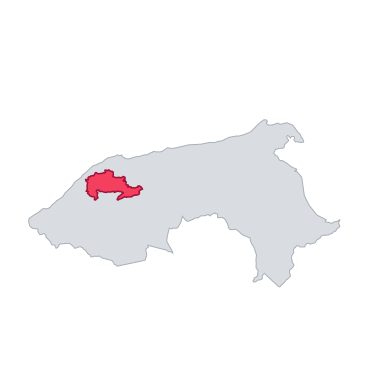 where Ayacucho sits in Peru, rotated 104°
{"feature_id": "PER-586", "entity_name": "Ayacucho", "entity_type": "Department", "adm_level": 1, "iso_a3": "PER", "parent_name": "Peru", "parent_adm1": "", "projection": "natural_earth1", "projection_center": [-74.059, -13.878], "detail": "fine", "context": "in_parent", "style": "filled", "palette": "rose", "viewbox_px": 384, "rotation_deg": 104, "n_neighbors": 0, "source": "natural_earth", "source_scale": "10m", "svg_char_len": 9013}
<svg xmlns="http://www.w3.org/2000/svg" viewBox="0 0 384 384"><g transform="rotate(104 192 192)"><path d="M264.3,109.7L264.3,110.8L263.1,111.4L262.0,110.6L260.4,110.8L258.1,108.3L252.4,108.7L249.9,111.6L246.2,112.3L242.1,113.6L237.5,114.2L230.2,118.9L228.6,120.8L225.3,123.5L222.6,124.4L221.3,132.9L218.6,137.8L217.6,140.6L219.0,144.6L219.0,146.7L217.5,148.3L216.3,148.5L213.8,150.2L210.1,153.9L209.5,156.8L210.7,160.6L210.3,161.1L207.2,161.8L207.3,163.9L206.7,164.7L209.2,167.7L210.7,168.5L210.8,169.2L210.5,170.0L209.9,170.3L209.9,171.0L211.7,173.3L213.1,177.8L215.8,180.0L215.9,181.5L216.6,182.9L218.0,184.0L221.3,188.5L221.4,190.6L217.9,195.4L223.6,195.4L229.8,197.1L230.6,197.8L231.4,200.0L231.5,201.5L232.7,202.6L232.6,205.3L240.7,205.3L246.0,204.6L254.6,196.5L256.0,195.9L255.2,197.6L255.1,198.9L255.6,200.3L254.6,202.3L254.4,221.9L256.0,220.9L258.0,222.7L259.4,222.8L264.1,220.6L269.6,221.0L282.1,246.7L281.0,248.4L281.1,249.7L279.5,250.9L277.9,252.9L277.8,263.2L276.5,266.2L277.2,267.9L277.9,271.1L279.1,273.1L279.4,274.3L279.2,274.8L277.5,275.9L277.3,277.8L274.2,281.4L273.6,283.9L272.4,284.7L272.1,287.5L275.0,292.0L273.1,294.7L271.4,298.7L274.3,307.2L275.4,308.4L276.7,308.3L278.5,309.0L279.5,310.3L277.2,311.9L276.8,312.6L277.0,315.4L274.4,317.5L271.0,322.8L270.1,323.0L268.4,324.6L268.1,325.4L268.4,326.2L269.8,327.8L270.0,329.7L267.5,332.1L265.8,332.3L265.1,333.0L265.8,336.3L265.8,337.8L265.3,339.5L264.0,341.3L260.4,343.3L257.1,343.7L251.5,338.8L249.8,336.8L244.2,332.6L243.3,328.3L241.5,326.2L238.1,324.6L235.4,322.4L233.3,321.3L228.3,316.5L223.7,314.9L215.2,309.7L210.5,308.0L204.6,303.2L201.4,301.9L198.8,299.7L191.1,294.9L189.8,293.4L188.6,291.1L186.9,289.7L185.0,286.4L182.1,284.5L179.3,282.0L175.9,275.3L174.2,273.7L174.1,270.6L173.0,269.2L174.6,268.2L175.7,263.5L175.1,261.1L171.2,254.7L170.4,252.0L167.5,247.1L166.5,244.1L164.2,242.0L163.2,240.1L161.9,239.3L161.8,237.1L160.9,232.8L159.6,230.6L155.0,226.5L154.6,222.1L153.5,219.1L147.1,206.7L143.4,194.8L140.2,188.1L138.9,184.3L138.8,182.3L136.5,178.8L135.2,175.5L130.0,169.3L126.9,162.4L126.5,160.4L124.5,156.6L121.1,151.7L119.5,149.7L109.4,143.6L104.7,139.9L104.1,138.0L104.4,136.9L105.4,135.8L106.8,136.6L107.7,136.3L108.4,135.0L108.4,132.9L107.5,130.3L104.3,125.2L105.1,122.9L101.9,116.9L102.6,111.2L103.3,109.7L108.2,103.9L109.5,101.4L111.6,99.9L113.7,97.5L116.3,95.7L117.0,96.3L117.8,99.4L117.6,101.5L118.4,103.8L116.6,105.9L114.7,105.5L113.9,106.0L113.6,107.0L114.0,108.6L114.4,109.2L115.9,109.3L114.0,112.4L114.1,113.0L115.5,113.5L116.7,112.7L118.1,111.0L118.9,110.7L123.8,113.7L126.1,113.4L127.9,114.8L128.1,116.9L130.5,121.2L134.2,122.2L134.8,121.9L135.6,120.3L136.4,120.0L136.6,117.7L139.7,115.2L140.2,113.4L139.7,112.2L139.8,111.2L141.6,105.6L142.2,105.1L142.8,103.2L143.5,102.1L144.6,95.9L145.4,95.9L146.3,97.4L147.2,97.0L146.7,95.6L146.9,95.1L150.4,90.1L151.5,89.0L168.4,82.1L176.8,74.9L184.2,65.0L186.5,54.9L187.4,55.7L188.8,55.4L188.3,51.4L188.7,49.4L188.6,48.8L186.3,46.4L185.4,43.8L183.3,42.3L183.4,41.7L185.6,42.3L187.5,42.0L189.2,40.3L190.4,40.5L193.2,42.8L195.2,43.0L195.9,44.6L197.9,45.8L200.7,49.3L202.0,53.0L201.9,53.7L203.2,55.7L205.9,56.7L208.6,59.5L211.5,60.3L212.8,62.8L213.5,63.6L213.9,65.1L213.5,66.8L213.9,67.7L216.0,69.2L217.8,69.2L218.2,69.9L219.2,74.1L218.5,76.2L218.8,77.4L221.1,78.4L221.8,79.3L223.7,79.5L226.3,78.6L229.6,79.8L232.2,79.4L233.3,79.0L234.5,78.1L235.5,78.1L238.1,75.5L238.8,75.3L241.6,76.5L243.9,78.3L246.8,77.9L248.0,76.8L250.0,76.2L253.8,78.4L254.6,79.5L255.6,79.7L259.7,81.9L260.4,82.8L262.5,83.6L263.0,84.4L262.8,85.2L253.4,102.2L256.3,103.6L259.0,102.8L260.4,103.9L261.5,106.7L263.6,108.5L264.3,109.7Z" fill="#d9dde1" stroke="#a8b0b8" stroke-width="1"/><path d="M207.2,242.9L207.6,243.7L208.2,244.5L208.3,244.7L208.3,245.1L208.4,245.3L208.5,245.5L208.7,245.8L208.7,246.1L208.6,246.5L208.9,246.8L209.1,246.9L209.2,247.1L209.3,247.6L210.1,248.8L210.3,248.9L210.3,248.6L210.6,248.8L211.3,249.6L211.4,249.8L211.5,250.4L211.6,250.7L211.8,251.0L211.9,251.3L211.9,251.9L212.1,252.5L212.3,253.0L212.5,253.8L212.6,254.0L212.9,254.1L213.0,254.2L213.0,254.3L212.9,254.4L212.8,254.7L213.1,256.0L212.9,256.3L213.1,256.6L213.6,256.9L213.8,257.1L214.1,257.7L214.2,257.8L214.6,258.0L215.0,258.4L215.8,259.4L216.1,260.2L216.4,260.5L216.5,260.7L216.6,260.9L217.2,261.3L217.6,261.7L217.7,261.9L217.7,262.1L217.5,262.6L217.4,262.7L217.3,262.8L217.1,262.8L216.7,262.7L216.2,262.7L215.8,262.5L215.6,262.5L214.3,262.2L213.9,262.0L213.3,261.3L213.1,261.1L210.6,259.3L210.3,259.1L210.1,258.7L209.8,258.4L209.6,258.3L209.4,258.5L209.2,259.0L209.1,259.3L209.1,259.5L209.3,259.9L209.2,260.3L208.9,260.7L208.8,261.0L208.9,261.8L209.1,262.3L209.1,262.8L209.2,263.5L209.3,264.6L209.3,264.9L209.5,265.4L209.6,265.6L209.8,265.6L210.1,265.7L210.3,265.8L210.5,266.1L210.8,266.6L211.1,267.1L211.1,267.3L210.8,267.5L210.2,267.7L210.3,268.1L211.9,271.5L212.0,272.6L212.2,273.3L212.3,273.7L212.4,273.9L212.8,274.4L213.2,275.3L213.3,275.5L213.3,275.8L213.3,276.0L213.4,276.7L213.4,277.4L213.2,279.5L213.2,279.8L213.5,280.5L213.8,281.0L213.8,281.4L213.4,282.8L213.2,283.0L212.9,283.0L212.7,283.0L213.3,284.9L213.5,285.1L214.1,284.9L214.6,284.9L214.8,284.8L214.9,284.6L215.0,284.3L215.1,284.2L215.4,283.8L215.5,283.7L215.7,283.2L215.8,283.1L216.1,283.2L216.4,283.3L216.6,283.4L216.8,283.4L217.3,283.4L217.6,283.3L218.2,283.1L218.5,283.0L218.8,283.0L218.9,282.9L219.0,282.8L219.2,282.6L219.3,282.5L219.5,282.5L219.9,282.5L220.1,282.5L220.2,282.3L220.3,282.1L220.4,281.9L220.8,282.2L221.1,282.4L221.4,282.6L221.9,283.0L222.1,283.2L223.0,283.6L223.0,284.2L223.2,284.6L223.0,284.8L222.9,284.9L222.6,285.0L222.4,285.0L222.2,285.0L221.6,284.9L221.4,284.9L221.3,285.0L221.0,285.1L220.9,285.2L220.7,285.4L220.5,285.7L220.5,285.8L220.3,286.6L220.4,286.9L220.6,287.2L220.7,287.5L220.8,287.7L220.7,287.9L220.7,288.1L220.6,288.7L220.5,289.6L220.4,290.2L220.2,290.5L219.3,291.4L219.2,291.6L218.8,292.6L218.6,292.9L218.5,293.0L218.4,293.0L218.2,293.1L217.8,292.9L217.4,292.8L217.1,292.8L216.8,292.8L216.8,293.0L216.7,293.5L216.7,294.2L216.8,294.7L216.2,294.7L215.2,294.5L214.9,294.4L214.4,294.2L212.7,295.0L212.1,295.2L211.4,295.2L210.0,295.5L208.5,295.5L208.2,295.5L207.9,295.7L207.4,296.7L207.2,297.2L207.1,297.4L207.0,297.5L205.9,298.2L205.7,298.2L205.4,298.0L205.4,297.8L205.4,297.7L205.5,296.9L205.4,296.6L205.3,296.4L205.2,295.8L205.2,295.7L204.9,295.5L204.5,295.9L204.1,296.1L203.8,296.2L203.6,296.3L203.4,296.3L203.2,296.3L202.9,296.2L202.7,296.1L202.5,295.9L202.0,295.3L201.9,295.2L201.8,294.9L201.8,294.5L201.5,294.3L201.0,294.1L200.8,293.9L200.7,293.8L200.7,293.6L200.6,293.3L200.5,293.0L200.2,292.4L200.0,292.1L200.0,291.8L200.1,291.5L200.0,291.3L199.9,291.2L199.3,291.1L198.2,290.7L197.1,290.5L196.7,290.3L196.6,290.2L196.4,289.9L196.4,289.6L196.9,288.1L196.9,287.9L196.9,287.3L196.9,286.7L196.7,286.3L196.5,285.9L196.3,285.5L196.0,285.1L195.9,284.6L195.9,284.1L195.8,283.8L195.7,283.6L195.6,283.4L194.9,282.9L194.8,282.7L194.7,282.5L194.7,282.3L194.8,281.8L194.7,281.7L194.4,281.3L194.2,281.0L194.1,280.9L193.9,280.7L193.6,280.7L193.4,280.8L193.0,281.3L192.9,281.4L192.8,281.5L192.7,281.6L191.9,281.7L191.7,281.2L191.5,280.5L191.8,279.8L191.8,279.4L191.7,279.1L191.5,278.9L190.9,278.4L190.6,278.1L190.7,277.8L190.9,277.5L191.0,277.3L191.6,276.1L191.6,275.8L191.6,275.5L191.3,274.9L191.3,274.6L191.4,274.3L191.4,274.2L191.7,273.5L192.0,273.3L192.6,273.0L195.0,272.4L195.8,272.5L196.0,272.5L196.1,272.4L196.2,272.1L196.3,271.8L196.4,269.9L196.3,269.0L196.0,267.9L195.5,266.6L195.4,266.1L195.4,264.8L195.3,264.5L195.2,264.3L195.1,264.1L194.8,263.8L194.7,263.7L194.5,263.2L194.4,263.1L194.2,262.9L193.8,262.6L193.6,262.5L193.6,262.4L193.9,260.7L194.0,260.6L194.8,260.4L195.3,260.1L195.5,260.1L195.8,260.3L196.0,260.8L196.1,261.0L196.3,261.1L196.5,261.1L196.9,261.2L197.3,261.3L197.5,261.4L198.1,260.8L198.1,260.6L197.9,260.5L197.7,260.5L197.4,260.3L197.0,259.7L197.2,259.4L197.9,258.9L198.1,258.7L198.3,258.2L198.5,258.1L198.8,258.2L199.0,258.3L199.1,258.2L199.5,258.2L199.9,258.1L200.4,258.0L200.6,257.9L200.8,257.8L201.0,257.5L201.0,257.3L201.0,257.2L200.9,257.0L200.8,256.7L200.7,256.4L200.7,256.0L200.8,255.8L200.8,255.6L200.9,255.4L201.0,255.3L201.1,255.2L201.4,255.1L201.6,255.2L201.9,255.4L202.4,255.7L202.5,255.8L202.7,255.6L202.7,255.2L202.2,253.8L201.9,253.4L201.9,252.9L202.0,252.7L201.9,252.2L202.0,252.1L202.3,252.1L202.3,251.8L202.4,251.5L202.5,251.4L202.4,250.9L202.1,250.0L202.0,249.8L202.0,249.6L202.0,249.3L202.0,248.9L202.0,248.7L201.9,248.5L201.8,248.2L201.1,247.2L200.8,246.7L200.5,246.0L200.5,245.9L200.4,245.9L200.1,245.8L199.9,245.8L199.7,245.9L199.6,246.0L199.3,245.8L198.8,244.8L199.1,243.9L199.5,242.5L199.6,242.3L199.7,242.1L200.2,241.6L201.2,240.8L201.4,241.1L201.5,241.2L201.6,241.5L201.7,241.9L201.8,241.9L201.9,242.0L202.4,242.2L202.5,242.3L202.9,242.7L203.1,242.9L203.3,243.2L203.4,243.3L203.6,243.3L204.2,243.5L204.3,243.6L204.7,243.4L204.9,243.3L205.3,242.9L205.6,242.7L205.8,242.7L206.0,242.8L206.4,243.0L206.6,243.0L207.2,242.9Z" fill="#f43f5e" stroke="#9f1239" stroke-width="1.5"/></g></svg>